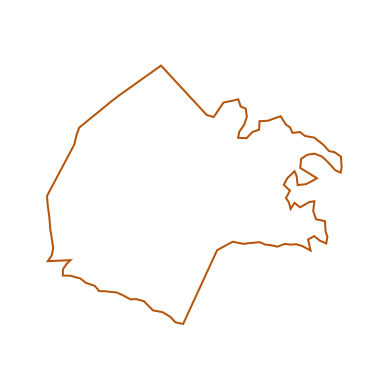 Martins, Rio Grande do Norte, Brazil, rotated 262°
{"feature_id": "56859067B36328253412822", "entity_name": "Martins", "entity_type": "district", "adm_level": 2, "iso_a3": "BRA", "parent_name": "Brazil", "parent_adm1": "Rio Grande do Norte", "projection": "orthographic", "projection_center": [-37.912, -6.09], "detail": "fine", "context": "isolated", "style": "outline", "palette": "amber", "viewbox_px": 384, "rotation_deg": 262, "n_neighbors": 0, "source": "geoboundaries", "source_scale": "gbopen_adm2", "svg_char_len": 1480}
<svg xmlns="http://www.w3.org/2000/svg" viewBox="0 0 384 384"><g transform="rotate(262 192 192)"><path d="M220.3,328.8L228.8,320.7L231.8,311.6L236.3,307.4L236.6,299.7L242.3,298.1L245.7,294.4L254.7,290.3L253.3,283.1L252.0,277.5L252.7,268.7L244.3,267.1L243.1,260.4L237.7,253.5L239.3,245.2L245.1,247.2L251.3,253.0L258.8,256.8L267.1,256.8L269.9,252.1L277.3,250.7L276.7,244.1L276.2,235.6L263.2,223.9L266.2,217.3L306.1,189.6L321.5,178.9L298.4,134.4L293.8,126.1L271.5,89.3L264.3,85.5L255.5,82.1L208.3,47.9L199.7,47.3L186.9,47.2L175.0,46.5L156.0,46.8L148.8,44.3L143.6,39.6L141.4,62.2L138.2,57.8L133.4,53.4L127.2,52.5L126.1,59.7L121.9,69.4L116.9,74.2L112.5,82.7L106.8,86.3L105.7,92.6L104.3,97.9L103.0,103.5L99.3,109.2L94.2,116.2L93.7,121.9L90.6,129.1L80.2,136.9L77.1,146.2L71.4,153.1L65.3,157.5L62.5,164.8L130.9,208.8L137.1,225.3L133.4,236.1L133.4,242.0L132.9,252.1L129.7,257.2L128.5,262.3L126.0,268.8L127.7,276.8L126.1,282.6L125.8,287.8L123.3,293.4L117.6,301.3L128.8,300.3L131.3,306.9L126.0,311.9L122.3,317.7L128.8,319.9L134.1,318.8L144.6,319.6L147.8,311.0L156.3,309.4L165.9,311.9L165.7,306.8L161.8,296.9L167.0,292.0L161.5,287.3L168.3,286.5L173.0,284.2L179.7,289.2L186.3,283.9L192.5,288.4L198.3,296.4L193.4,297.8L184.1,297.6L183.9,305.9L186.2,312.6L188.3,317.6L200.8,302.5L209.7,304.7L212.9,311.6L212.9,318.6L209.1,325.5L205.2,328.8L200.6,332.2L193.7,336.8L190.4,341.9L195.9,343.7L206.3,344.4L211.6,338.7L213.4,333.4L220.3,328.8Z" fill="none" stroke="#b45309" stroke-width="2"/></g></svg>